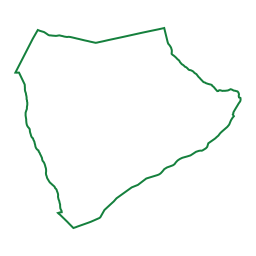 Anaurilândia, Mato Grosso do Sul, Brazil (Albers equal-area conic projection)
{"feature_id": "56859067B19851013015279", "entity_name": "Anaurilândia", "entity_type": "district", "adm_level": 2, "iso_a3": "BRA", "parent_name": "Brazil", "parent_adm1": "Mato Grosso do Sul", "projection": "albers", "projection_center": [-52.789, -22.153], "detail": "fine", "context": "isolated", "style": "outline", "palette": "green", "viewbox_px": 256, "rotation_deg": 0, "n_neighbors": 0, "source": "geoboundaries", "source_scale": "gbopen_adm2", "svg_char_len": 3517}
<svg xmlns="http://www.w3.org/2000/svg" viewBox="0 0 256 256"><path d="M233.9,116.2L232.8,114.5L233.3,113.6L233.4,112.4L234.1,111.1L235.8,108.2L236.6,106.9L237.4,105.6L238.7,103.4L239.5,102.3L240.2,101.3L240.5,100.2L240.6,99.1L240.4,97.9L239.0,97.4L238.7,96.0L239.0,94.2L238.4,92.5L237.5,91.4L236.5,91.2L235.6,90.9L234.8,90.7L233.8,90.6L233.0,90.2L232.1,89.7L230.7,89.2L229.5,89.7L228.6,90.2L227.7,90.5L226.7,90.6L225.1,90.8L223.2,90.8L222.4,90.9L221.4,90.6L220.0,90.2L219.1,90.3L218.4,91.0L217.3,91.1L216.1,89.8L215.3,88.9L214.1,87.4L213.2,86.5L212.4,86.0L211.8,85.0L210.9,84.6L209.6,84.3L208.1,83.9L206.9,83.5L205.8,83.1L204.9,82.5L203.5,82.1L201.5,80.0L200.8,79.3L199.7,78.0L198.6,77.0L196.4,74.1L195.4,73.5L194.6,73.0L194.0,72.4L193.3,71.6L192.4,71.0L190.7,70.2L189.3,70.0L188.5,69.5L187.5,68.4L186.3,67.3L184.9,66.7L184.1,65.8L183.0,64.9L181.8,64.2L181.2,63.5L180.6,62.8L180.0,62.1L179.5,61.1L178.9,60.3L178.0,59.6L177.3,59.0L176.5,58.1L175.4,57.0L174.2,56.0L173.5,55.4L172.6,54.9L171.6,53.8L171.8,51.9L171.8,50.1L171.4,48.9L171.1,47.8L170.4,46.5L169.2,44.8L168.2,43.7L167.6,41.9L164.2,28.0L158.5,29.3L152.2,30.6L142.2,32.7L134.5,34.4L123.2,36.9L108.7,40.0L103.0,41.3L98.3,42.3L97.1,42.6L95.6,42.8L93.7,42.4L91.4,41.9L90.4,41.7L88.0,41.1L84.7,40.4L78.5,38.9L77.1,38.6L75.1,38.1L72.1,37.4L70.3,37.0L68.7,36.8L67.0,37.0L64.4,36.6L62.6,36.1L61.1,35.8L59.6,35.4L58.4,35.5L56.9,35.8L55.8,35.9L52.2,35.6L50.6,35.4L49.7,35.4L48.9,35.2L48.1,34.8L46.7,33.8L44.9,32.6L43.9,32.0L41.8,31.4L39.8,30.8L37.8,30.0L32.8,38.7L15.4,72.6L16.8,72.7L18.0,72.6L19.0,72.6L24.7,84.5L24.8,85.6L24.8,86.5L24.9,87.4L24.9,89.6L25.1,91.0L25.5,92.2L25.9,93.3L26.1,94.9L26.4,96.0L26.6,97.5L26.6,99.2L27.0,100.3L27.0,101.3L27.3,102.4L27.3,103.5L27.3,104.9L27.0,106.4L26.9,107.5L26.9,108.9L26.5,109.9L26.0,111.4L25.6,112.7L25.6,113.8L25.6,115.6L25.8,116.9L26.0,118.1L26.2,119.3L26.2,120.4L26.3,121.6L26.4,122.7L26.6,123.8L26.8,124.7L27.2,125.7L27.9,126.9L28.8,127.9L29.5,128.8L29.8,129.9L29.9,131.4L30.3,133.1L30.7,134.2L31.1,135.8L31.8,137.3L33.0,138.4L33.4,139.8L34.0,140.9L34.4,141.8L34.6,142.9L34.9,144.0L35.2,145.1L35.4,146.4L35.9,147.8L36.9,149.3L37.8,150.0L38.5,150.5L38.7,151.6L39.5,152.6L40.2,154.3L40.8,155.4L41.3,156.5L42.0,158.0L42.2,159.6L42.6,160.8L43.3,161.6L44.0,162.6L44.6,164.0L45.1,165.5L45.4,166.8L45.9,168.3L46.1,169.9L46.1,171.6L45.9,173.0L46.0,174.0L46.2,175.1L46.7,176.3L47.0,177.7L47.6,178.9L48.3,180.0L49.0,181.2L49.8,182.4L50.9,183.4L51.7,184.1L52.4,184.8L53.5,185.7L54.6,186.8L55.2,188.2L56.1,189.0L56.6,189.8L56.9,190.9L57.5,192.4L57.9,193.6L58.1,194.6L58.1,195.6L58.0,196.8L58.2,197.7L58.6,199.5L59.2,200.8L59.5,202.3L59.7,203.2L60.1,204.4L60.1,205.7L60.2,207.1L60.4,208.6L61.6,211.0L61.7,212.2L60.4,212.3L59.0,212.7L58.0,213.0L58.8,213.8L59.6,214.3L67.3,221.8L69.3,223.9L73.4,228.0L76.1,227.1L77.3,226.6L87.5,223.0L88.6,222.6L91.0,221.7L99.4,218.0L100.3,217.3L104.5,209.9L105.3,209.2L110.7,204.2L112.9,202.2L113.7,201.5L116.5,198.3L131.7,187.4L137.9,184.9L146.3,178.5L157.7,175.0L159.3,174.3L160.7,173.3L162.2,171.7L163.3,170.4L164.2,169.2L165.3,168.5L167.1,167.4L169.4,166.6L172.9,165.3L174.5,164.2L175.9,162.3L177.6,160.5L179.8,159.0L182.3,157.8L187.3,156.4L188.6,156.0L190.5,155.4L193.3,153.6L196.0,151.8L199.1,150.8L200.7,150.6L201.8,150.7L202.7,150.3L204.8,149.0L205.9,148.3L207.2,146.9L208.3,143.3L214.3,139.1L215.5,138.2L216.4,137.3L218.4,135.6L219.5,134.1L220.4,133.0L222.1,131.4L227.3,126.9L229.2,124.6L230.5,121.4L231.2,119.9L232.6,117.7L233.9,116.2Z" fill="none" stroke="#15803d" stroke-width="2"/></svg>